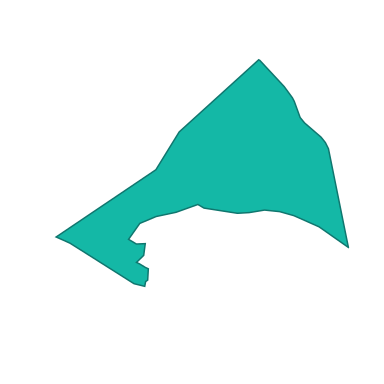 map outline of Dakar (Albers equal-area conic projection), rotated 341°
{"feature_id": "SEN-759", "entity_name": "Dakar", "entity_type": "Region", "adm_level": 1, "iso_a3": "SEN", "parent_name": "Senegal", "parent_adm1": "", "projection": "albers", "projection_center": [-17.3, 14.755], "detail": "fine", "context": "isolated", "style": "filled", "palette": "teal", "viewbox_px": 384, "rotation_deg": 341, "n_neighbors": 0, "source": "natural_earth", "source_scale": "10m", "svg_char_len": 659}
<svg xmlns="http://www.w3.org/2000/svg" viewBox="0 0 384 384"><g transform="rotate(341 192 192)"><path d="M321.8,295.3L300.8,266.3L280.6,247.5L268.5,239.1L254.7,232.7L239.4,230.1L228.0,226.9L198.1,211.1L193.5,205.7L170.3,206.0L150.1,203.5L132.4,204.7L116.6,216.1L122.5,223.1L131.0,225.6L125.7,236.2L116.6,240.5L119.0,242.9L123.3,248.1L125.7,250.4L121.4,260.9L119.0,261.6L116.6,265.8L107.3,259.8L60.0,200.7L48.9,190.3L165.1,159.2L199.5,131.0L298.1,88.7L299.0,89.7L313.5,122.4L317.6,135.6L318.2,139.6L318.5,156.8L320.9,163.3L331.9,182.2L334.2,188.7L335.1,195.5L321.9,294.8L321.9,295.2L321.8,295.3Z" fill="#14b8a6" stroke="#0f766e" stroke-width="1.5"/></g></svg>